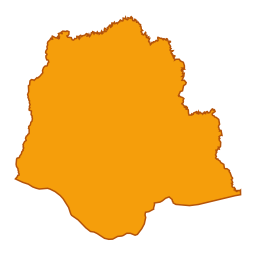 the district of Bugesera, Eastern, Rwanda
{"feature_id": "39286606B3134655885223", "entity_name": "Bugesera", "entity_type": "district", "adm_level": 2, "iso_a3": "RWA", "parent_name": "Rwanda", "parent_adm1": "Eastern", "projection": "mercator", "projection_center": [30.152, -2.233], "detail": "fine", "context": "isolated", "style": "filled", "palette": "amber", "viewbox_px": 256, "rotation_deg": 0, "n_neighbors": 0, "source": "geoboundaries", "source_scale": "gbopen_adm2", "svg_char_len": 5687}
<svg xmlns="http://www.w3.org/2000/svg" viewBox="0 0 256 256"><path d="M48.0,41.7L47.4,43.3L47.7,44.9L46.9,46.7L47.3,48.9L46.1,50.5L45.6,52.1L45.7,52.9L46.8,53.9L47.0,54.7L45.9,55.9L46.0,57.8L46.8,59.9L47.6,59.8L48.2,60.3L48.8,62.1L47.8,63.2L47.3,65.6L46.8,66.0L45.2,66.0L43.6,67.5L42.5,70.5L42.8,72.8L39.3,76.9L38.5,77.1L37.8,78.1L36.9,77.7L34.1,80.4L33.4,79.9L31.4,79.6L30.0,80.9L29.6,84.9L28.4,85.8L28.7,91.6L27.6,94.6L28.2,96.3L28.0,97.7L28.6,98.4L28.9,100.2L29.5,100.6L29.4,103.0L30.1,104.6L29.4,106.2L29.4,107.2L29.9,107.7L29.0,109.0L29.3,110.3L30.8,110.7L31.4,111.2L31.1,114.6L32.2,116.1L32.0,116.9L32.4,118.5L32.2,120.0L31.9,121.3L30.9,122.2L30.3,124.9L28.7,126.5L28.9,127.2L28.5,128.4L29.2,129.1L29.1,133.5L27.9,134.4L27.4,135.5L26.3,136.2L25.5,138.3L26.2,140.4L24.6,141.6L23.0,144.7L23.4,145.9L23.1,147.0L23.7,147.9L22.9,149.8L23.1,150.4L21.8,151.8L21.4,153.8L19.6,156.3L19.5,157.4L18.0,158.1L17.3,158.0L16.6,159.0L16.1,164.1L16.5,166.5L18.0,168.7L18.0,170.1L18.6,171.4L18.4,172.5L19.1,173.9L19.0,175.1L17.8,175.4L17.3,176.7L15.4,178.9L22.7,182.3L28.4,184.2L32.7,186.9L36.2,188.2L39.3,189.0L47.6,188.3L50.1,189.1L55.1,191.6L60.2,195.5L63.1,198.7L68.6,207.4L70.8,214.0L71.7,215.4L78.2,219.9L85.8,227.8L90.5,231.5L94.0,232.0L97.3,233.6L104.5,238.3L108.8,239.3L112.7,239.1L117.7,236.4L121.8,236.0L123.4,235.4L126.7,233.3L130.4,233.3L135.1,235.2L137.4,234.4L141.8,228.6L144.3,223.9L145.7,217.5L145.0,214.9L145.5,212.3L149.0,211.6L153.7,209.1L153.5,208.2L154.5,204.6L154.4,203.0L160.0,202.1L162.4,200.8L165.5,198.3L169.1,196.9L172.2,199.6L172.3,200.9L172.9,201.6L173.2,202.9L175.8,204.4L189.5,205.6L198.3,204.5L235.0,195.7L240.6,194.7L240.5,190.2L239.9,190.8L239.1,190.3L237.9,190.9L237.2,190.5L236.8,191.5L236.4,191.4L235.9,190.5L235.2,190.5L235.2,189.2L234.4,189.5L234.7,188.3L234.4,187.5L233.2,187.5L232.3,186.9L231.9,185.9L232.6,184.5L232.0,184.3L231.5,183.3L232.5,183.0L232.7,182.4L231.4,179.5L232.5,178.7L232.5,177.9L231.5,176.7L230.1,172.7L229.2,171.7L229.4,170.5L227.0,168.7L225.1,168.7L224.4,168.3L223.8,164.4L220.8,162.6L219.9,160.9L218.3,160.0L217.8,158.9L216.8,159.2L215.6,157.9L216.4,156.4L215.5,154.9L216.1,153.8L216.1,152.7L216.8,152.1L216.0,150.8L216.1,150.2L216.9,150.5L217.9,148.9L219.1,149.1L218.3,147.2L218.7,147.2L219.2,148.0L220.5,146.4L220.7,142.2L219.2,140.0L219.1,138.6L219.8,138.5L219.0,136.7L220.9,135.2L222.0,135.4L221.1,130.6L219.7,131.0L220.0,130.1L219.2,129.6L218.9,127.8L218.5,127.4L218.6,125.7L219.6,124.3L218.7,119.4L216.2,117.4L214.6,116.9L214.1,115.9L212.7,115.4L212.2,114.7L212.3,113.5L215.1,111.5L214.6,110.1L214.3,109.7L213.3,110.2L212.8,109.0L212.3,108.9L210.6,110.8L209.8,112.5L208.0,113.0L207.5,111.6L207.1,111.5L206.0,112.2L205.6,113.6L204.7,113.3L205.3,112.4L204.4,112.0L202.8,114.0L202.6,113.4L201.1,113.5L200.5,112.4L199.6,112.2L199.3,112.2L199.0,113.7L198.7,113.8L198.4,111.9L197.7,113.5L197.2,113.6L196.2,112.6L197.1,112.1L196.7,111.6L193.6,113.0L193.2,114.3L192.6,114.4L191.8,113.8L191.3,114.5L191.5,115.0L189.1,115.1L188.5,113.4L188.3,110.0L188.0,109.5L186.7,109.2L187.3,108.8L187.3,107.6L186.1,108.1L185.0,107.4L186.3,107.0L186.3,106.5L183.9,105.9L182.9,104.5L182.0,104.0L181.9,103.5L183.1,102.8L183.4,101.1L183.0,100.3L183.9,98.6L182.7,97.6L180.1,96.7L179.1,95.4L178.6,96.0L178.4,95.7L180.3,91.6L182.5,90.8L183.6,85.6L185.6,84.3L186.2,82.6L184.3,80.3L182.0,80.3L183.8,76.2L182.1,76.3L184.0,74.5L184.2,73.3L182.0,73.8L182.9,73.0L182.9,70.8L182.4,70.4L181.6,70.9L181.4,70.3L181.7,69.4L184.1,69.2L182.6,68.1L184.4,68.1L184.4,65.7L183.3,62.3L180.4,60.9L179.2,59.2L176.0,59.3L174.8,60.0L175.0,59.4L173.7,58.3L173.1,56.5L174.4,57.0L174.9,56.0L172.0,54.7L172.2,53.8L171.3,53.3L171.1,52.4L171.6,51.7L172.5,51.4L173.0,50.7L170.8,50.9L170.2,50.5L170.2,49.5L171.1,48.6L170.1,47.6L170.6,46.4L168.8,43.4L169.2,42.6L170.4,42.0L170.4,41.4L169.7,41.2L169.0,42.2L168.6,42.2L167.3,39.0L166.8,38.7L166.4,38.7L166.1,40.1L164.0,38.7L163.5,38.8L163.5,39.6L163.2,39.8L161.7,38.3L160.6,38.4L158.0,37.3L157.7,37.8L158.1,40.2L157.9,40.7L157.3,41.0L156.2,40.4L154.8,41.9L153.4,41.8L152.9,42.8L151.9,42.5L151.3,43.8L150.4,44.7L149.7,42.0L148.8,41.8L148.6,41.3L149.7,38.3L148.2,38.3L148.6,36.9L146.5,37.5L146.3,36.5L146.9,35.4L145.4,35.0L145.8,32.8L145.6,32.4L143.4,34.9L142.0,34.2L142.2,33.4L141.0,31.7L141.2,31.2L142.6,30.5L141.3,29.3L141.0,26.7L140.2,26.2L140.7,25.0L140.4,24.5L139.4,24.2L138.1,22.1L136.7,22.2L136.9,21.1L136.1,20.9L135.7,19.6L134.6,19.3L134.6,20.7L134.2,20.9L132.7,20.5L132.4,18.0L131.2,16.7L130.7,17.2L130.8,18.4L127.9,17.7L127.9,19.5L127.4,19.8L126.4,19.4L125.6,17.4L125.2,18.8L123.2,18.1L123.0,20.7L122.0,21.0L120.4,20.0L119.9,20.5L119.7,21.7L118.6,22.0L117.4,23.6L116.8,22.8L114.9,23.7L114.4,22.2L113.3,23.5L112.0,22.9L111.8,23.4L112.5,24.9L112.1,25.2L110.6,24.7L112.0,26.0L111.9,26.4L110.6,27.3L110.0,25.3L109.6,25.2L108.4,27.1L107.5,27.5L108.1,28.4L106.9,30.1L106.0,28.8L104.6,28.3L104.2,30.2L105.7,31.5L102.5,32.0L102.3,32.5L102.8,33.2L102.0,33.9L101.6,33.5L101.9,31.7L101.6,31.1L101.0,32.6L99.2,34.1L99.0,32.9L97.7,33.5L97.8,32.7L97.3,31.9L96.5,33.3L94.8,32.6L94.0,34.0L93.6,33.3L93.8,32.1L92.7,31.7L92.7,32.8L91.4,32.7L90.9,34.6L89.7,36.4L89.0,34.5L88.6,35.7L87.1,36.1L87.5,34.0L86.4,33.6L84.7,35.3L82.6,35.7L81.8,36.6L80.9,35.4L80.4,35.3L79.6,36.1L80.0,37.8L79.2,39.0L78.5,37.7L78.6,36.5L76.8,36.4L76.9,37.8L76.5,38.4L75.7,38.7L74.7,38.5L74.0,39.7L73.3,40.1L72.1,39.7L71.3,37.6L67.7,37.2L67.1,36.4L66.9,35.9L68.0,35.5L68.9,34.3L69.0,31.7L67.0,30.9L65.9,31.5L62.8,31.1L61.4,32.1L62.2,33.4L62.0,33.7L60.3,32.9L58.4,33.6L59.1,35.0L57.4,37.0L57.8,37.5L59.4,37.0L59.3,38.3L58.8,38.8L56.9,37.9L55.5,37.7L52.3,36.1L51.9,37.4L52.6,39.1L51.9,39.3L50.8,38.4L49.9,40.0L48.0,41.7Z" fill="#f59e0b" stroke="#b45309" stroke-width="1.5"/></svg>